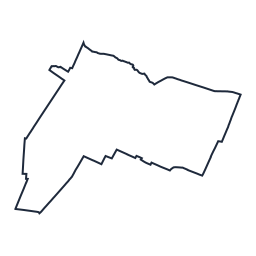 the district of Smeeni, Buzau, Romania
{"feature_id": "2599482B10599735426508", "entity_name": "Smeeni", "entity_type": "district", "adm_level": 2, "iso_a3": "ROU", "parent_name": "Romania", "parent_adm1": "Buzau", "projection": "natural_earth1", "projection_center": [26.881, 44.971], "detail": "fine", "context": "isolated", "style": "outline", "palette": "slate", "viewbox_px": 256, "rotation_deg": 0, "n_neighbors": 0, "source": "geoboundaries", "source_scale": "gbopen_adm2", "svg_char_len": 4623}
<svg xmlns="http://www.w3.org/2000/svg" viewBox="0 0 256 256"><path d="M47.6,204.4L49.1,202.7L49.3,202.5L50.8,200.9L53.2,198.1L54.6,196.6L55.9,195.1L56.1,194.9L65.6,184.1L65.8,183.8L68.2,181.2L69.7,179.2L70.3,178.7L70.7,178.2L71.3,177.4L71.8,176.9L72.0,176.7L72.1,176.4L72.3,176.1L72.5,175.7L72.9,175.0L73.9,173.2L74.7,171.6L74.8,171.5L75.2,170.7L75.6,169.9L77.3,167.2L79.2,164.0L83.7,156.2L93.0,160.4L93.4,160.5L97.1,162.2L101.4,164.2L104.5,158.0L105.2,156.7L105.4,156.4L105.6,156.0L108.4,157.1L111.8,158.4L116.7,149.6L123.2,152.5L127.4,154.4L127.4,154.5L129.2,155.3L131.5,156.3L135.3,158.0L136.5,155.9L139.2,157.0L140.1,157.4L141.8,158.2L140.8,159.6L142.2,160.5L144.1,161.7L145.5,162.5L147.2,163.3L149.8,164.4L150.5,164.7L151.1,163.4L151.5,162.6L151.9,162.8L157.4,165.2L160.4,166.6L162.6,167.5L167.1,169.3L168.3,169.8L169.6,170.4L169.9,170.5L170.7,169.5L171.5,168.8L173.5,167.4L174.3,167.3L175.1,167.2L175.9,167.2L179.3,167.4L181.4,167.6L181.9,167.6L182.3,167.6L182.5,167.6L182.9,167.7L183.4,168.0L183.9,168.2L186.1,169.1L187.5,169.7L187.5,169.9L187.7,170.0L190.8,171.2L197.3,173.7L199.9,174.8L200.0,174.8L202.2,175.6L203.2,173.8L205.3,169.3L208.6,161.9L210.8,157.1L210.9,156.8L210.8,156.6L212.0,154.0L213.5,150.9L214.9,148.2L215.7,146.5L218.1,141.4L218.2,141.2L220.3,141.5L221.8,141.8L222.1,141.1L222.8,139.5L224.1,136.3L225.3,133.5L226.8,129.9L227.5,128.3L227.9,127.5L228.2,126.7L228.5,125.6L228.6,125.3L229.5,123.1L230.2,121.1L230.6,120.2L231.0,119.0L231.6,117.2L232.1,116.1L234.5,110.2L235.6,107.4L236.5,105.0L236.5,104.9L237.3,103.0L237.8,101.6L238.2,100.8L238.5,99.8L239.2,98.4L239.3,97.8L240.0,96.2L240.6,94.6L237.9,93.7L237.0,93.4L235.9,93.1L233.8,92.4L232.4,92.0L230.6,91.8L227.9,91.5L227.7,91.4L221.4,91.3L215.1,91.2L214.9,91.2L213.7,90.9L203.5,87.5L199.7,86.3L195.6,85.0L192.9,84.1L188.9,82.8L186.1,81.9L184.5,81.4L183.6,81.1L182.9,80.9L181.9,80.6L181.0,80.3L180.0,79.9L179.0,79.6L177.7,79.2L176.6,78.8L175.6,78.4L175.1,78.3L174.6,78.1L174.3,78.0L173.8,77.8L173.3,77.7L173.1,77.6L172.9,77.5L172.6,77.4L172.4,77.4L170.4,77.3L169.1,77.3L167.5,77.3L165.3,78.3L163.2,79.4L160.9,80.7L158.4,82.0L156.4,83.2L154.3,84.5L153.2,83.3L152.5,82.8L151.9,82.5L149.9,81.9L149.6,81.7L149.4,81.4L149.2,80.8L148.9,80.3L148.5,79.8L148.2,79.4L147.8,78.6L147.6,78.2L146.9,77.2L146.8,76.9L146.7,76.5L146.5,76.1L146.3,75.8L146.1,75.6L145.6,75.3L145.4,75.0L145.0,74.5L144.8,74.3L144.5,73.8L144.4,73.6L144.2,73.6L142.8,73.9L142.3,73.9L141.6,73.7L140.9,73.4L140.1,73.1L139.5,72.8L138.9,72.3L138.4,71.7L137.3,70.2L136.8,69.9L136.5,69.8L136.1,69.7L135.5,69.8L135.1,69.8L134.7,69.8L134.6,69.6L134.3,69.3L134.2,68.9L134.1,68.5L134.1,68.1L134.0,67.9L133.6,67.7L133.0,67.5L132.8,67.3L132.7,67.2L132.7,66.9L132.8,66.6L133.2,66.1L133.3,65.9L133.3,65.5L132.9,64.8L132.7,64.6L132.4,64.5L131.2,64.3L130.1,63.6L129.8,63.5L129.2,62.7L127.6,62.7L127.4,62.6L126.5,62.1L126.0,62.0L124.2,61.3L123.4,61.1L122.7,60.7L122.4,60.7L121.6,60.9L121.3,60.9L121.0,60.8L120.3,60.3L120.0,60.2L118.9,59.9L118.5,59.7L118.3,59.6L117.3,58.4L116.9,58.1L115.4,57.4L114.2,56.3L113.6,55.9L113.2,55.7L112.9,55.7L112.6,55.6L111.4,55.4L111.0,55.3L109.2,54.9L107.2,54.5L106.8,54.4L104.2,53.9L103.9,53.8L103.1,53.8L100.9,53.8L100.1,53.7L99.8,53.7L99.0,53.4L97.6,53.0L97.4,52.8L96.9,52.4L96.7,52.3L94.7,52.0L93.9,51.8L92.7,51.6L92.2,51.6L91.7,51.0L90.0,49.8L88.6,48.7L88.0,48.2L86.9,47.5L85.3,46.3L85.2,46.4L84.8,45.9L83.9,44.1L83.5,42.7L82.9,44.1L81.5,47.3L80.5,49.5L79.2,52.5L78.4,54.2L76.9,57.7L76.4,58.7L76.1,59.4L75.4,60.9L74.6,62.9L73.9,64.4L73.0,66.3L72.2,68.2L70.2,67.8L68.9,70.4L68.1,71.7L66.3,70.6L63.9,69.1L62.5,68.2L60.6,66.9L60.4,67.1L60.2,67.2L59.8,67.0L59.4,67.1L58.6,67.3L58.1,67.2L57.2,66.7L56.6,66.4L56.3,66.2L56.2,66.1L55.9,66.1L55.3,66.0L54.9,66.1L54.5,66.2L54.2,66.2L53.2,66.1L52.9,66.2L52.5,66.2L52.3,66.3L52.1,66.2L51.8,66.1L51.6,66.2L51.4,66.6L51.1,67.0L50.1,68.8L49.8,69.2L49.4,70.0L53.7,73.1L58.1,76.1L60.8,78.0L61.6,78.6L63.0,79.5L64.4,80.5L61.2,85.2L59.0,88.6L56.6,92.2L41.4,115.2L41.0,115.8L40.6,116.4L39.7,117.8L39.3,118.4L39.1,118.7L37.3,121.5L36.6,122.6L33.8,126.8L33.4,127.5L33.2,127.8L33.1,128.0L32.0,129.7L31.9,129.8L31.4,130.6L30.9,131.4L30.8,131.6L30.5,132.0L30.4,132.1L29.2,133.9L28.9,134.4L27.8,136.1L26.4,138.3L26.3,138.5L26.2,138.6L24.9,138.3L24.4,144.4L24.1,149.3L23.4,159.6L22.9,168.8L22.6,173.8L26.4,173.9L26.0,178.8L27.7,178.9L26.3,182.5L26.2,182.5L24.1,187.7L23.8,188.5L20.8,195.6L15.4,208.9L15.4,209.0L17.4,209.2L23.2,209.9L29.7,210.8L29.8,210.8L34.7,211.5L36.9,211.8L38.4,212.1L38.7,212.2L38.9,212.4L39.4,213.3L40.8,212.1L41.8,211.0L42.9,209.7L44.7,207.6L46.1,206.1L47.6,204.4Z" fill="none" stroke="#1e293b" stroke-width="2"/></svg>